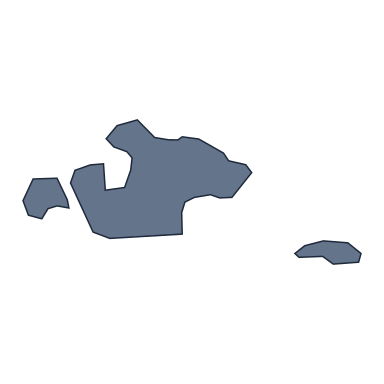 SVG path tracing the border of Aland
{"feature_id": "ALA", "entity_name": "Aland", "entity_type": "country or territory", "adm_level": 0, "iso_a3": "ALA", "parent_name": "Europe", "parent_adm1": "", "projection": "equal_earth", "projection_center": [19.994, 60.209], "detail": "fine", "context": "isolated", "style": "filled", "palette": "slate", "viewbox_px": 384, "rotation_deg": 0, "n_neighbors": 0, "source": "natural_earth", "source_scale": "50m", "svg_char_len": 744}
<svg xmlns="http://www.w3.org/2000/svg" viewBox="0 0 384 384"><path d="M168.5,139.8L177.9,139.9L182.2,136.8L198.7,139.0L223.5,153.1L228.6,160.8L245.7,164.7L251.7,172.6L231.9,197.4L219.6,197.9L210.5,194.7L194.4,197.4L184.9,202.1L181.7,212.5L182.2,234.1L109.8,238.4L93.1,232.1L70.5,183.0L75.0,170.3L90.3,164.9L103.5,163.8L105.3,190.2L124.6,187.5L130.7,170.1L132.1,157.9L126.9,151.7L113.8,146.9L106.2,138.7L117.1,125.6L137.3,119.9L154.6,137.5L168.5,139.8ZM67.3,199.8L68.9,208.0L57.1,205.9L48.0,208.7L41.8,218.8L28.4,215.2L23.0,200.7L33.1,179.0L57.0,178.2L67.3,199.8ZM361.0,253.5L358.6,262.2L333.3,264.1L322.6,256.4L299.0,257.3L294.9,253.5L304.7,245.7L323.4,240.9L347.8,242.8L361.0,253.5Z" fill="#64748b" stroke="#1e293b" stroke-width="1.5"/></svg>